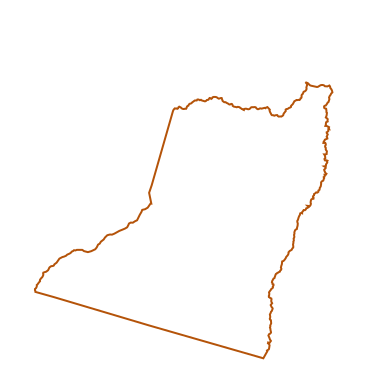 outline of Amarante do Maranhão, Maranhão, Brazil, rotated 196°
{"feature_id": "56859067B54361622424069", "entity_name": "Amarante do Maranhão", "entity_type": "district", "adm_level": 2, "iso_a3": "BRA", "parent_name": "Brazil", "parent_adm1": "Maranhão", "projection": "mercator", "projection_center": [-46.679, -5.381], "detail": "fine", "context": "isolated", "style": "outline", "palette": "amber", "viewbox_px": 384, "rotation_deg": 196, "n_neighbors": 0, "source": "geoboundaries", "source_scale": "gbopen_adm2", "svg_char_len": 5824}
<svg xmlns="http://www.w3.org/2000/svg" viewBox="0 0 384 384"><g transform="rotate(196 192 192)"><path d="M80.8,90.5L81.9,90.9L82.3,91.6L82.2,92.4L82.5,93.9L83.4,95.8L83.1,96.9L83.0,98.7L82.5,99.6L82.3,102.1L82.8,102.8L83.7,103.3L85.2,105.0L84.3,107.2L85.5,108.4L85.9,109.6L86.0,110.8L86.4,111.5L87.4,111.6L88.1,111.9L89.1,112.2L89.5,113.2L89.4,114.3L89.7,115.6L90.3,116.8L89.8,118.3L89.3,119.5L89.0,120.7L88.1,121.7L87.9,122.7L88.3,123.5L87.9,124.6L88.2,125.6L89.3,125.8L89.5,126.6L90.3,127.2L90.4,128.3L89.8,131.2L89.0,132.0L89.0,133.4L88.9,134.4L88.9,135.5L88.7,136.4L88.1,136.9L87.7,137.8L87.0,138.2L86.4,139.0L85.6,139.6L85.5,140.8L84.9,141.8L84.9,142.8L85.7,143.8L85.8,145.7L85.7,147.3L86.2,150.1L85.1,150.9L84.5,151.9L83.7,154.1L83.6,155.4L82.6,157.5L82.3,158.6L82.3,159.5L82.6,160.6L81.8,162.3L80.3,163.8L80.0,165.4L79.4,166.5L79.7,167.8L80.4,169.3L80.5,171.1L80.9,172.2L80.7,173.3L81.5,175.4L81.2,176.2L81.3,177.2L82.1,178.9L82.0,180.1L82.5,181.5L82.4,183.5L81.9,184.5L81.0,185.3L81.2,186.9L81.2,188.6L81.6,190.8L82.6,192.4L82.8,193.5L82.5,194.4L82.5,197.0L82.3,198.6L82.0,199.6L82.1,201.3L81.2,202.0L80.3,201.9L80.6,202.9L80.1,204.0L79.7,205.4L78.5,205.6L77.8,206.6L77.7,207.8L76.9,208.3L75.9,209.4L76.5,210.1L77.2,210.5L76.1,210.7L75.4,210.2L74.8,211.1L74.4,212.4L74.5,213.6L75.0,214.3L75.2,215.1L75.4,216.8L75.2,217.8L74.4,218.6L73.4,219.0L73.5,219.9L74.4,220.5L74.4,221.5L73.8,222.4L74.1,223.7L73.0,224.9L72.5,225.9L71.3,226.0L70.6,227.0L70.9,228.3L70.1,229.1L70.1,230.0L70.3,231.2L70.0,232.1L69.8,232.9L70.1,235.6L70.5,236.3L70.4,237.5L70.0,238.2L69.0,239.1L68.9,240.1L69.0,240.8L68.8,241.8L69.5,242.6L68.8,243.5L68.9,244.4L69.3,245.1L68.2,245.4L67.8,246.6L68.9,247.0L69.5,247.6L70.0,248.3L70.5,248.8L71.1,249.8L70.1,251.8L70.3,252.6L72.0,253.1L71.1,253.5L70.5,254.1L70.8,255.5L70.1,257.6L70.6,258.5L70.4,259.4L71.5,259.5L72.7,259.0L73.4,259.5L73.8,260.3L73.2,261.3L73.9,263.0L74.5,263.9L75.3,264.6L73.9,265.0L73.0,265.7L73.4,266.8L73.4,267.9L73.9,268.7L74.8,269.3L75.3,270.0L75.5,271.2L76.5,272.1L76.7,273.2L76.4,274.1L76.6,274.9L77.4,275.9L79.2,275.4L79.3,276.7L78.9,277.6L78.7,278.9L76.6,280.7L77.2,281.8L77.8,282.2L77.4,284.8L78.6,285.6L79.0,286.5L78.3,287.2L77.8,288.2L78.1,289.2L78.3,290.3L77.5,290.3L78.1,291.1L78.1,292.1L79.0,292.3L80.8,292.6L82.0,292.3L81.9,293.8L82.2,294.8L82.3,296.0L81.0,297.2L81.5,298.2L81.6,299.4L82.3,299.9L83.9,300.5L83.7,302.6L84.1,305.3L84.8,305.8L85.1,307.0L86.0,309.0L87.1,309.0L88.1,309.3L88.6,310.4L88.4,311.3L87.2,312.1L86.4,314.4L86.3,315.3L85.6,316.1L85.5,319.0L85.9,319.9L86.3,320.6L86.1,322.3L85.7,323.1L85.3,325.1L84.5,326.4L85.1,327.6L85.9,328.7L86.5,329.3L87.5,329.9L88.4,331.5L89.3,332.2L91.0,330.8L93.4,330.3L94.6,330.9L95.7,330.9L96.6,330.7L97.8,330.1L98.6,329.3L99.2,328.6L100.0,327.8L100.8,327.4L107.0,327.0L108.0,327.1L110.8,328.6L113.2,328.8L111.1,327.4L110.8,326.4L110.9,325.2L110.8,323.7L110.3,322.8L110.3,321.8L110.7,320.7L111.2,320.0L112.3,319.1L112.6,316.7L113.2,315.9L113.3,315.1L112.8,313.3L112.9,312.5L113.5,312.0L113.5,311.0L114.0,310.1L114.8,310.0L115.8,309.5L117.0,309.2L117.5,308.5L118.6,307.5L119.3,304.3L120.5,302.2L120.3,301.0L121.0,300.2L121.9,299.6L122.3,299.0L123.1,298.2L124.2,297.7L124.7,297.0L124.2,295.7L125.5,292.6L125.5,290.9L126.1,290.0L127.0,289.1L127.8,289.0L129.4,288.4L130.3,288.6L131.2,289.4L132.2,289.1L133.0,288.7L134.0,288.0L134.9,288.2L136.4,287.9L137.2,288.4L137.7,289.1L138.7,290.0L139.9,291.6L139.9,292.6L142.9,294.4L144.0,293.6L144.4,292.8L145.4,292.9L148.1,291.3L149.0,291.3L150.0,290.9L150.8,290.0L151.9,289.7L153.1,290.2L154.2,291.0L155.6,290.8L156.6,290.3L157.8,290.1L158.7,289.4L159.2,288.2L159.8,287.5L160.8,287.0L162.8,287.0L163.6,286.8L164.7,286.2L164.7,285.1L165.5,285.2L166.2,285.6L167.0,285.5L167.8,285.9L168.8,286.1L169.6,286.6L171.4,286.5L172.3,285.8L173.3,285.8L175.2,285.6L176.6,286.0L177.0,286.8L177.7,287.5L178.6,287.5L179.1,287.0L179.7,286.5L180.6,286.5L182.0,287.0L183.4,287.2L184.4,287.6L185.7,287.2L187.6,287.9L189.4,290.5L190.5,290.1L191.4,289.4L192.1,289.1L193.2,289.4L194.5,289.9L195.8,289.8L197.3,289.4L198.3,288.7L198.5,287.6L199.2,286.8L200.0,287.3L201.0,287.2L201.7,285.2L203.1,284.5L203.5,283.6L204.5,282.7L207.8,282.7L208.8,283.1L209.7,282.4L211.1,282.7L212.3,282.4L212.7,281.3L214.6,280.7L215.7,279.2L216.4,278.4L217.0,277.2L217.7,276.6L218.5,276.2L219.1,275.3L219.3,273.9L220.0,273.5L220.4,272.6L220.4,271.2L220.7,270.3L221.6,270.2L222.3,269.7L223.2,269.4L224.2,269.4L225.1,269.6L226.1,270.2L227.8,270.5L228.4,269.6L228.4,268.6L229.1,267.9L229.8,268.1L230.5,267.7L231.5,267.7L232.0,266.9L232.5,265.5L232.6,264.5L232.6,187.4L233.0,179.4L227.9,169.6L228.7,169.4L229.8,166.1L230.3,164.7L232.4,162.5L234.9,161.1L235.1,158.9L235.9,155.8L237.0,149.7L238.8,148.1L240.4,146.2L242.5,145.7L243.9,144.3L244.1,142.5L244.6,140.2L246.3,138.4L248.4,136.7L251.1,134.6L255.1,130.6L257.1,129.0L259.2,128.5L261.5,127.1L263.1,124.3L263.8,122.0L265.9,119.1L266.5,116.9L267.8,115.5L268.3,112.5L269.2,110.3L272.6,107.3L275.5,105.5L279.6,105.4L280.8,105.9L281.6,106.1L285.6,105.0L286.8,104.6L287.9,103.7L289.4,103.5L290.1,102.4L291.0,101.7L292.0,99.8L293.1,98.7L294.7,97.4L295.6,95.9L297.5,94.4L298.6,93.8L301.1,91.4L302.7,86.7L304.3,84.6L304.6,83.2L305.4,82.5L306.9,81.9L308.1,80.4L308.4,79.5L308.5,78.4L308.8,77.1L310.2,75.2L311.3,74.5L312.7,73.5L312.6,72.4L312.1,71.5L312.1,70.6L312.3,69.7L312.5,68.7L313.0,68.0L313.8,66.1L313.9,65.2L313.5,64.4L314.5,62.2L315.0,60.7L315.6,59.8L315.3,59.1L315.2,58.2L315.3,57.4L315.5,56.5L316.2,55.5L315.9,54.3L315.4,53.8L315.0,52.8L295.9,52.9L197.1,51.9L77.6,51.8L75.7,59.7L76.2,60.3L74.8,61.9L74.8,63.1L75.2,66.1L76.2,67.1L77.3,67.5L77.3,68.3L76.0,68.0L75.5,69.4L75.1,70.6L76.5,71.8L77.3,73.0L79.0,75.1L78.7,76.6L77.9,77.3L77.3,78.6L77.8,79.8L78.3,80.5L79.1,82.4L79.7,83.1L79.6,84.1L80.0,85.3L79.7,87.6L80.8,90.5Z" fill="none" stroke="#b45309" stroke-width="2"/></g></svg>